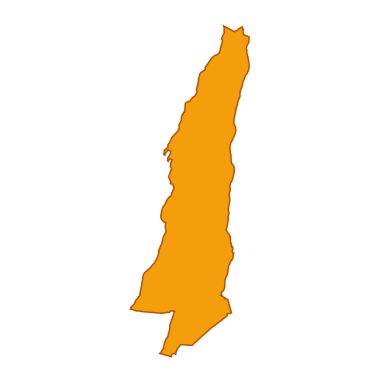 Calpan, Puebla, Mexico, rotated 83°
{"feature_id": "50627088B82684012810094", "entity_name": "Calpan", "entity_type": "district", "adm_level": 2, "iso_a3": "MEX", "parent_name": "Mexico", "parent_adm1": "Puebla", "projection": "orthographic", "projection_center": [-98.482, 19.103], "detail": "fine", "context": "isolated", "style": "filled", "palette": "amber", "viewbox_px": 384, "rotation_deg": 83, "n_neighbors": 0, "source": "geoboundaries", "source_scale": "gbopen_adm2", "svg_char_len": 5987}
<svg xmlns="http://www.w3.org/2000/svg" viewBox="0 0 384 384"><g transform="rotate(83 192 192)"><path d="M240.9,159.6L238.4,160.5L234.1,162.7L231.5,161.9L229.3,161.1L228.4,160.7L226.9,160.3L225.4,160.1L224.5,159.5L223.8,159.5L223.0,159.2L221.9,159.2L220.9,159.1L218.7,158.2L216.5,157.8L214.8,158.2L213.7,158.1L212.1,157.7L210.7,157.3L207.9,156.4L205.3,155.6L203.1,155.4L200.2,155.5L198.5,155.3L195.6,154.1L193.0,153.6L191.0,153.7L189.5,153.4L187.4,152.2L185.0,150.6L182.7,149.6L177.6,147.8L174.6,147.2L172.1,147.2L170.0,148.0L168.3,149.3L163.7,149.2L161.4,149.0L158.6,148.9L157.7,149.1L155.3,149.2L151.8,148.8L149.7,148.3L147.2,146.9L143.4,144.4L139.2,142.1L136.8,141.1L133.1,140.9L132.5,141.0L128.9,142.1L128.3,142.1L124.3,141.2L113.5,137.7L112.0,136.9L110.7,136.2L109.2,136.0L108.0,135.5L106.7,134.8L105.2,134.0L104.2,133.3L102.8,132.7L100.9,132.5L99.5,132.3L96.0,131.0L95.5,130.7L94.8,130.2L93.5,129.5L92.7,129.4L91.1,128.8L89.6,128.2L88.1,127.5L83.2,124.9L81.5,123.2L80.5,122.4L77.6,121.0L75.3,120.1L73.9,119.7L71.4,119.9L68.6,119.8L66.8,120.0L64.7,120.1L63.8,120.2L62.4,120.5L61.8,120.6L59.8,120.6L57.8,120.3L56.7,120.5L56.2,120.5L55.3,120.3L54.0,120.0L49.9,117.2L49.4,117.1L48.1,117.2L47.3,116.9L46.3,116.6L45.9,116.5L44.9,116.5L42.5,121.0L41.9,121.5L40.8,121.8L38.9,121.8L37.8,121.6L37.1,121.5L36.7,121.2L36.5,121.6L35.7,121.9L35.2,121.9L34.4,121.7L34.4,123.0L36.3,126.7L37.4,128.1L38.1,130.2L37.3,131.5L31.0,140.4L32.0,140.2L33.7,140.0L34.7,140.3L35.5,140.6L37.9,140.5L43.6,144.2L45.3,143.4L46.8,143.5L49.5,144.9L51.4,145.7L53.7,146.6L54.5,146.5L57.5,148.4L58.8,150.1L59.3,152.8L61.0,155.6L70.1,163.8L71.7,163.9L73.0,164.8L73.1,165.8L74.6,168.7L76.5,170.2L78.3,170.6L78.9,171.0L81.1,172.0L82.2,171.7L82.9,172.3L84.1,172.4L86.8,173.6L90.7,175.0L92.0,175.0L93.4,174.7L96.7,177.0L97.3,177.8L97.9,179.4L100.4,182.2L100.9,182.6L101.9,183.1L101.6,184.0L102.6,187.1L103.7,188.0L110.2,189.1L110.6,189.1L110.9,189.3L111.1,189.7L111.4,190.0L111.9,190.0L111.9,190.3L111.9,190.6L112.7,191.0L113.1,191.4L113.5,191.4L113.7,191.6L114.0,191.5L114.1,192.2L114.3,192.4L114.9,192.7L115.3,192.7L116.2,193.3L119.6,193.9L121.6,195.1L123.6,196.7L124.7,196.9L125.3,196.7L125.8,196.7L126.1,196.9L126.6,196.8L126.9,196.8L127.2,196.9L127.6,197.2L128.3,197.3L128.8,197.8L129.5,198.2L129.8,198.7L129.9,199.0L130.3,199.4L130.7,199.6L130.9,199.8L131.3,200.3L131.9,201.0L132.0,201.2L132.3,201.8L132.5,202.0L132.8,202.1L132.9,202.3L133.0,202.5L133.3,202.9L133.7,203.1L134.4,204.1L135.6,205.4L137.6,206.5L140.7,208.7L142.1,210.0L143.5,210.4L144.7,210.3L146.0,212.3L146.8,214.2L147.5,214.4L148.4,214.6L149.2,214.6L151.1,215.5L152.1,214.5L151.2,214.2L150.1,213.4L148.6,211.9L147.3,210.5L148.9,208.1L149.4,208.3L150.8,208.6L152.1,209.3L154.9,211.6L156.5,212.2L156.9,211.8L157.9,212.5L158.6,211.9L156.3,209.8L157.7,207.7L160.4,209.5L161.6,209.8L162.8,209.8L163.5,210.3L166.8,209.6L174.2,213.5L179.1,211.7L181.1,212.4L181.8,210.5L182.1,209.9L183.2,210.1L185.7,209.2L188.4,210.9L190.7,212.2L191.8,212.7L192.7,212.8L193.5,213.5L194.2,215.3L195.2,216.4L197.4,218.1L200.1,219.7L203.2,222.4L205.9,223.9L207.9,224.6L212.1,225.9L215.1,225.8L217.0,224.6L218.5,223.2L219.4,221.7L221.7,222.6L223.6,222.8L225.6,222.7L228.0,222.5L229.7,223.7L232.8,225.7L237.5,227.6L239.4,228.2L241.6,229.7L243.9,230.9L245.8,232.1L246.6,232.5L247.1,232.2L248.1,232.4L249.6,233.0L251.4,233.6L254.2,235.3L257.4,237.6L258.6,238.9L260.2,240.8L262.0,242.4L263.9,245.3L265.8,248.2L267.5,249.9L269.5,250.9L274.3,252.1L280.9,254.1L285.3,255.7L285.5,255.7L286.1,255.6L286.6,255.8L286.9,256.2L287.1,256.3L287.7,256.0L288.1,256.1L288.3,256.3L288.4,256.5L289.0,257.0L289.3,257.5L290.5,258.4L291.3,259.4L291.6,260.1L292.0,260.3L292.7,261.0L293.8,261.7L294.3,261.9L294.8,262.0L295.1,262.1L295.8,262.7L296.4,263.4L296.7,263.9L297.4,264.5L298.0,265.3L298.3,265.8L299.1,266.6L299.7,267.0L300.7,267.5L301.0,266.5L303.4,261.3L303.6,258.7L304.3,257.5L306.1,249.0L307.5,242.4L308.3,238.8L308.8,235.9L308.4,230.9L308.8,229.9L308.9,229.0L307.4,228.0L308.2,223.8L310.9,225.1L312.9,226.1L319.0,229.0L322.1,230.3L325.7,230.9L329.6,232.6L332.9,233.8L334.4,235.4L336.1,236.4L338.2,237.4L338.8,237.9L340.1,238.2L341.2,238.6L342.1,238.9L342.7,239.3L343.7,239.5L344.3,239.9L347.5,242.6L347.9,243.3L348.4,243.7L350.1,239.1L352.5,233.7L353.0,232.5L352.8,232.3L352.3,232.3L351.5,232.5L350.5,231.4L350.2,230.7L350.0,229.9L350.1,229.6L351.0,227.9L349.2,227.4L346.3,226.0L345.1,225.0L344.0,223.5L342.1,222.1L342.5,219.2L343.7,213.9L344.0,211.9L344.2,210.6L335.4,198.4L334.1,196.3L330.4,191.0L329.7,190.3L322.7,177.9L321.5,176.2L321.0,175.2L319.3,172.4L319.2,172.4L317.1,171.6L317.3,169.1L317.4,168.9L316.7,167.5L306.9,169.2L305.5,169.0L304.9,169.2L304.1,169.6L303.9,169.6L303.5,169.4L303.1,169.7L302.9,170.0L302.8,170.3L301.9,171.2L301.0,172.3L301.4,172.5L300.9,172.7L298.8,175.1L298.4,175.5L298.5,174.9L296.9,175.5L296.3,175.5L295.6,175.4L295.0,174.9L294.7,174.2L293.9,173.0L291.7,171.6L290.8,171.3L289.7,171.0L286.5,170.6L283.8,170.0L283.2,169.8L280.8,168.7L279.7,168.1L279.1,167.6L276.8,166.5L276.1,166.2L274.2,166.0L273.5,166.0L272.5,165.1L272.1,165.0L271.2,165.1L270.8,164.9L268.7,163.9L268.0,163.4L267.3,163.1L266.8,163.0L266.2,162.6L265.9,162.2L265.4,161.7L265.0,161.4L264.4,161.4L264.4,161.2L264.5,160.7L264.0,160.6L263.7,160.4L263.3,159.9L262.8,159.4L261.7,159.4L260.7,159.0L260.2,158.9L259.4,158.6L259.2,158.6L258.9,158.7L258.7,158.7L258.5,158.2L258.3,158.0L257.9,157.9L257.5,158.2L257.4,158.5L257.1,158.9L256.5,159.3L256.2,159.3L255.6,159.2L254.6,158.8L254.3,158.5L253.6,158.5L253.4,158.6L253.0,158.5L252.9,158.5L252.7,158.3L252.5,158.2L252.2,158.4L252.3,158.6L252.1,158.7L251.5,158.5L251.3,158.5L251.2,158.7L251.4,158.8L251.3,159.0L251.2,159.3L250.8,159.4L249.6,159.2L249.4,159.2L249.0,159.6L248.8,159.6L248.5,159.6L248.1,159.4L247.8,159.4L247.7,159.5L247.6,159.8L247.4,159.9L247.1,159.9L246.8,159.7L245.2,159.8L243.4,159.5L242.8,159.4L242.4,159.6L242.2,159.8L241.5,159.4L241.2,159.3L240.9,159.4L240.9,159.6Z" fill="#f59e0b" stroke="#b45309" stroke-width="1.5"/></g></svg>